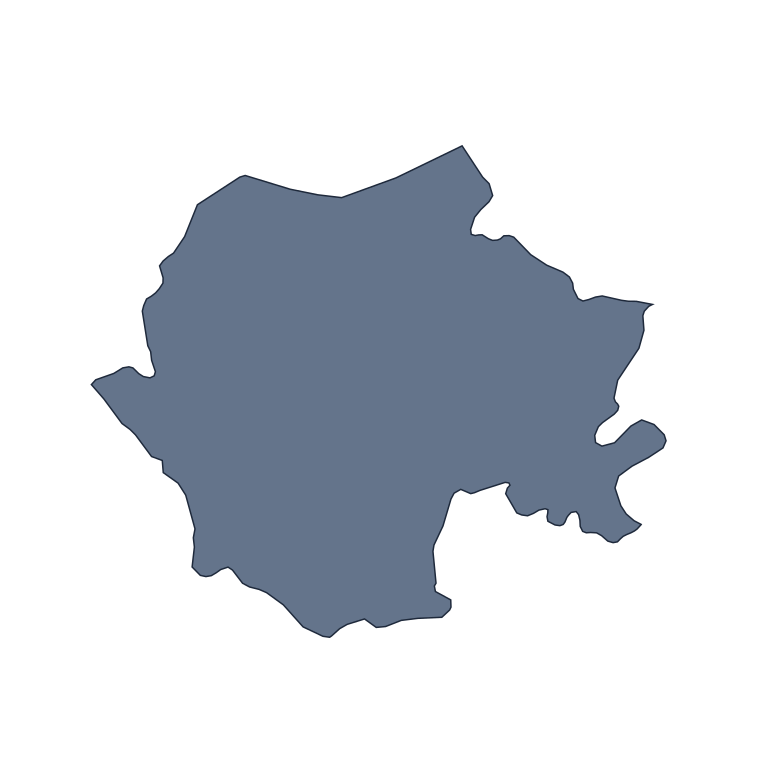 Viljandi, Albers equal-area conic projection, rotated 253°
{"feature_id": "EST-2350", "entity_name": "Viljandi", "entity_type": "County", "adm_level": 1, "iso_a3": "EST", "parent_name": "Estonia", "parent_adm1": "", "projection": "albers", "projection_center": [25.42, 58.32], "detail": "fine", "context": "isolated", "style": "filled", "palette": "slate", "viewbox_px": 768, "rotation_deg": 253, "n_neighbors": 0, "source": "natural_earth", "source_scale": "10m", "svg_char_len": 2511}
<svg xmlns="http://www.w3.org/2000/svg" viewBox="0 0 768 768"><g transform="rotate(253 384 384)"><path d="M294.1,602.0L290.5,599.8L287.9,595.4L283.2,581.7L280.5,576.5L273.3,570.5L266.1,569.2L260.9,574.2L260.4,587.3L271.6,607.8L274.3,619.9L266.3,630.4L253.5,637.1L247.2,637.1L241.3,632.1L236.5,615.7L232.9,597.1L227.4,581.5L217.1,574.5L198.3,574.9L188.9,577.6L180.1,583.2L174.5,588.9L174.3,588.7L171.3,583.6L170.2,580.4L169.5,576.6L169.1,572.2L168.4,568.2L166.9,564.9L164.8,561.1L165.3,556.7L168.3,552.1L175.4,547.7L179.5,543.8L181.6,538.1L182.6,533.9L185.0,530.9L190.4,530.0L196.3,531.5L202.1,531.9L205.8,530.5L206.5,525.4L204.5,521.9L202.9,519.8L199.1,516.7L197.3,514.3L197.1,510.8L199.2,506.3L204.8,500.6L209.4,501.1L213.0,503.0L215.9,504.0L217.6,501.6L218.1,495.3L216.6,489.2L216.0,482.8L218.5,477.4L221.9,473.3L243.5,468.3L248.3,471.5L250.4,474.9L252.9,474.5L254.5,471.1L254.2,444.7L253.6,438.8L253.8,434.9L260.8,426.6L259.1,419.1L254.4,414.4L231.0,398.9L215.4,384.7L209.7,381.9L178.3,375.5L176.1,373.1L170.5,372.5L158.0,384.7L151.0,382.8L148.7,380.7L144.0,371.1L150.0,347.8L152.9,331.4L151.6,314.6L153.5,305.4L165.0,296.7L164.9,278.5L163.0,270.1L158.4,260.2L157.7,258.0L160.6,251.8L175.4,235.6L202.2,223.2L218.8,210.7L224.1,204.5L229.2,196.1L234.8,190.5L250.4,184.7L254.5,181.3L254.3,173.6L252.5,168.2L251.2,162.8L251.9,157.4L254.7,152.4L265.1,147.0L283.5,155.0L292.7,156.7L300.7,160.9L335.7,161.9L349.4,158.1L363.8,147.0L375.7,149.6L382.6,140.5L408.0,131.5L414.9,127.8L422.8,121.9L451.7,111.7L469.0,104.0L472.3,109.6L473.1,128.7L475.8,138.9L475.0,145.1L472.8,148.6L465.6,152.5L461.5,156.0L458.3,162.0L459.0,166.6L462.6,169.0L474.6,168.7L483.1,170.3L489.6,169.3L524.4,174.2L529.3,177.2L534.7,181.8L536.0,187.2L537.9,192.2L540.8,196.9L545.1,202.1L550.1,203.8L562.6,203.9L566.2,208.7L569.0,215.1L570.7,221.0L583.2,236.4L610.0,258.0L624.0,306.6L624.0,312.2L597.7,351.2L584.4,375.7L574.6,398.0L577.6,455.7L588.9,528.3L553.0,538.8L544.8,543.1L532.4,543.0L527.6,537.7L522.5,527.6L517.0,519.4L506.5,512.0L501.6,511.2L499.3,514.6L498.9,518.1L498.0,521.5L492.4,526.3L489.6,529.8L488.5,534.5L488.8,537.9L490.7,541.9L489.3,547.1L486.5,551.0L464.8,562.1L450.1,574.3L438.6,587.9L432.1,592.6L425.3,593.9L419.2,592.8L409.0,594.5L405.2,598.5L404.9,604.5L405.3,611.7L404.4,618.4L394.6,635.6L391.7,641.9L389.3,649.4L381.6,664.0L380.9,659.9L377.5,654.2L373.6,651.5L359.4,648.3L343.6,638.2L328.6,619.9L319.3,608.6L303.2,599.8L299.2,600.1L296.6,601.5L294.1,602.0Z" fill="#64748b" stroke="#1e293b" stroke-width="1.5"/></g></svg>